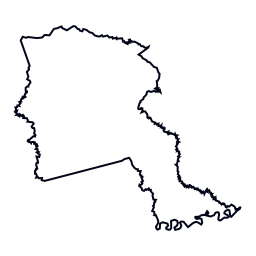 Vistahermosa, Meta, Colombia (orthographic projection)
{"feature_id": "7082276B61594004967505", "entity_name": "Vistahermosa", "entity_type": "district", "adm_level": 2, "iso_a3": "COL", "parent_name": "Colombia", "parent_adm1": "Meta", "projection": "orthographic", "projection_center": [-73.544, 2.77], "detail": "fine", "context": "isolated", "style": "outline", "palette": "ink", "viewbox_px": 256, "rotation_deg": 0, "n_neighbors": 0, "source": "geoboundaries", "source_scale": "gbopen_adm2", "svg_char_len": 5866}
<svg xmlns="http://www.w3.org/2000/svg" viewBox="0 0 256 256"><path d="M35.0,173.7L36.0,173.7L36.9,175.9L36.2,177.6L38.0,177.2L39.0,178.3L42.0,178.0L41.7,180.1L44.7,180.9L121.9,160.8L124.2,159.2L129.1,157.8L131.2,160.9L132.3,164.9L134.3,167.7L136.3,169.2L137.8,169.2L137.9,170.9L140.7,171.1L139.8,174.1L140.4,175.5L141.5,175.5L141.4,177.1L142.4,177.0L142.0,179.2L143.0,181.0L141.4,182.0L142.4,183.3L142.1,184.0L140.3,185.3L139.5,184.7L139.2,186.1L141.5,187.8L142.2,190.1L144.0,190.9L145.7,189.2L146.3,189.9L147.4,189.2L148.4,189.7L148.9,188.6L149.9,190.1L150.8,189.9L150.8,191.3L153.1,193.8L152.5,195.4L153.4,199.4L155.8,199.8L154.8,201.1L155.3,201.8L154.1,202.8L154.1,205.0L153.0,205.9L153.9,207.2L152.2,211.1L154.2,211.8L154.4,213.9L155.3,214.7L154.5,215.2L156.3,216.0L158.2,220.8L158.2,222.8L156.0,226.8L156.5,228.7L157.7,229.6L159.8,228.5L160.1,223.6L162.6,222.3L167.5,223.6L168.1,225.7L166.2,227.5L166.2,228.7L168.3,229.8L170.2,229.5L171.2,228.0L171.1,221.0L174.5,219.7L177.2,220.9L177.8,223.2L177.0,225.6L174.4,227.6L175.2,229.8L179.0,229.0L180.6,227.7L181.3,225.2L179.9,222.6L181.2,221.5L183.6,221.8L188.0,227.1L192.7,223.3L195.5,221.9L197.8,222.3L201.2,224.5L202.2,222.7L201.5,219.0L200.1,218.4L196.5,218.9L195.4,217.9L195.4,216.9L198.8,216.7L201.7,215.1L205.0,215.0L207.1,211.2L208.4,212.7L206.9,215.6L210.6,216.5L214.1,215.1L215.5,212.8L217.0,212.2L218.7,212.6L219.1,214.5L218.3,219.3L219.1,220.3L220.6,220.4L224.3,217.6L227.0,217.8L228.4,217.1L227.8,215.3L224.4,213.5L224.5,212.2L225.9,210.7L228.1,209.8L229.4,210.4L230.3,216.3L231.3,216.8L237.5,210.3L239.7,209.0L240.6,206.8L237.9,209.1L236.5,208.8L235.6,209.4L234.6,206.6L231.5,204.6L229.0,206.6L227.3,206.0L226.6,207.5L225.8,207.1L224.4,203.8L223.3,203.4L223.1,204.2L222.2,203.8L221.5,204.5L220.2,202.8L219.2,202.7L219.1,201.6L215.9,200.5L215.6,197.9L214.6,199.4L213.7,199.3L214.3,198.2L213.3,197.7L213.7,197.2L212.3,197.2L212.5,196.1L211.3,195.7L212.2,194.0L211.4,194.1L211.1,193.1L210.5,193.5L209.2,190.4L208.4,191.1L207.1,189.0L206.7,189.6L207.4,191.9L205.7,191.0L204.4,193.8L204.1,192.3L202.2,193.0L202.4,192.3L203.1,192.5L203.0,191.6L200.9,192.2L201.1,191.0L200.1,190.2L199.6,190.7L199.2,190.0L198.5,190.2L197.7,188.4L197.1,188.4L197.7,189.1L197.0,189.6L196.1,188.8L194.8,189.2L193.5,186.9L191.8,187.7L191.0,186.8L191.7,186.5L190.9,186.0L191.2,185.2L190.1,186.2L190.1,185.2L189.4,185.1L188.5,187.5L187.3,186.7L187.8,186.2L187.2,185.7L186.4,187.0L185.3,185.3L184.5,186.5L183.3,184.7L184.0,184.1L182.1,183.4L182.7,182.9L182.0,181.5L179.5,181.2L179.4,179.6L181.1,179.6L179.0,178.9L179.7,178.1L178.9,177.6L179.7,177.1L178.5,176.4L179.2,175.7L177.8,174.0L178.4,171.9L177.6,171.3L177.7,166.7L175.9,164.8L176.8,164.8L177.7,160.9L178.6,161.0L177.9,159.1L178.8,157.4L178.3,156.9L179.0,156.7L178.2,156.3L179.9,154.2L178.8,153.1L179.3,151.9L178.1,151.0L177.1,151.2L177.6,150.2L176.2,149.6L177.2,148.6L175.9,146.2L177.1,144.9L176.9,143.3L177.8,143.4L177.9,142.4L178.9,142.0L177.3,141.3L178.3,139.4L177.6,139.6L177.0,137.5L176.2,138.0L175.8,136.9L175.8,136.0L177.0,135.3L175.4,134.9L175.1,134.1L174.8,135.0L172.2,133.6L171.3,133.8L170.7,132.9L169.2,133.9L168.9,132.9L168.1,133.9L167.4,132.5L167.8,131.8L166.5,132.3L164.2,131.6L163.5,130.4L163.8,128.8L164.5,129.1L164.6,128.2L163.0,128.2L163.3,127.6L162.0,127.6L161.6,126.4L161.0,126.8L161.2,125.6L160.4,126.6L159.8,125.8L158.5,126.0L158.5,123.9L157.8,124.5L157.0,123.7L156.5,124.4L155.5,123.3L154.7,123.7L154.9,122.4L152.0,121.4L150.4,117.8L148.8,118.3L148.7,117.7L148.2,118.1L147.4,117.5L147.3,114.4L145.2,111.5L144.0,111.3L141.7,112.3L142.6,110.6L142.3,108.3L141.2,108.0L140.6,109.1L138.5,109.1L138.2,108.0L139.5,103.3L140.5,102.3L140.3,101.2L143.3,99.1L143.6,97.5L146.2,94.9L147.1,91.8L148.8,91.1L151.0,91.9L154.6,90.8L155.8,91.9L157.6,90.9L158.1,91.8L159.3,91.2L160.4,92.2L159.9,90.1L158.9,91.0L157.0,89.7L158.2,89.5L158.6,88.2L155.8,88.2L156.9,87.4L157.3,85.9L156.7,81.2L157.5,81.0L159.1,78.0L159.6,73.8L158.6,72.8L156.8,67.8L153.9,66.9L149.8,62.4L147.3,61.7L146.6,60.3L142.6,58.2L141.7,56.4L138.6,54.6L148.2,47.6L148.5,46.8L146.7,47.9L144.4,47.4L143.4,46.3L141.3,46.2L139.8,44.2L138.6,44.4L138.5,43.7L134.8,41.7L133.0,41.8L130.5,40.7L130.0,39.5L129.0,39.8L129.7,41.2L128.3,42.0L129.7,42.7L127.7,43.1L127.6,44.0L126.0,43.2L126.0,42.4L124.7,42.6L124.1,41.2L123.1,41.6L122.1,38.3L117.2,38.7L116.9,38.1L116.6,39.0L115.3,37.9L112.8,38.6L112.3,37.0L109.3,37.5L107.4,35.5L103.1,36.6L101.9,35.2L100.1,36.4L97.8,36.4L94.7,35.4L92.3,33.0L89.5,32.2L86.4,29.9L83.3,29.0L82.3,31.3L79.9,30.6L79.3,29.3L77.8,29.0L75.1,26.3L73.2,26.2L66.9,30.3L62.1,28.0L61.6,26.5L59.8,27.0L57.8,28.1L53.9,28.9L49.5,35.3L44.6,35.0L42.3,37.4L37.2,38.1L27.9,37.0L26.2,37.8L22.7,36.8L20.7,40.4L29.7,65.9L28.5,67.8L29.1,69.4L26.9,71.9L28.4,76.7L27.1,79.3L29.9,80.8L30.5,82.5L28.6,85.0L28.4,86.6L26.9,86.6L25.6,88.0L25.8,91.6L27.0,91.5L27.0,92.2L25.1,93.9L24.5,95.8L25.1,96.5L24.1,96.6L25.0,97.1L23.7,97.8L22.7,97.5L22.0,98.3L22.4,98.7L21.3,99.2L20.7,100.8L21.2,101.6L19.4,102.0L20.4,103.4L18.8,105.1L19.2,105.9L17.4,105.5L17.0,107.1L15.4,107.4L16.1,109.3L15.4,111.2L17.1,110.7L16.7,112.0L15.4,112.2L17.1,114.0L16.5,114.8L17.5,114.6L17.6,113.7L18.0,114.7L17.5,115.2L18.5,115.8L18.2,114.8L19.1,114.1L19.9,115.8L20.5,114.9L21.1,115.6L22.9,114.9L23.2,115.6L22.2,116.3L23.2,117.0L23.9,116.3L24.4,117.4L23.8,118.1L26.9,118.2L28.0,120.8L27.5,121.7L32.6,122.3L33.7,123.6L31.6,126.7L32.5,128.0L34.2,128.1L34.7,131.2L34.1,133.5L35.5,135.1L35.0,136.5L33.4,136.2L29.0,140.1L28.3,139.8L27.7,141.1L28.9,142.1L29.9,141.8L31.1,143.1L31.3,142.2L33.8,141.9L34.2,143.6L35.1,142.9L35.7,144.8L36.2,144.4L36.6,145.3L37.0,144.8L37.6,146.1L36.3,147.1L36.6,148.1L35.8,149.0L37.6,149.3L37.7,151.2L37.0,152.1L38.7,152.2L37.9,153.4L39.8,154.5L39.2,157.0L36.5,156.5L38.1,161.9L37.8,162.9L36.7,162.8L36.1,164.6L37.0,167.7L36.1,168.8L36.9,169.0L35.0,171.2L35.0,173.7Z" fill="none" stroke="#020617" stroke-width="2"/></svg>